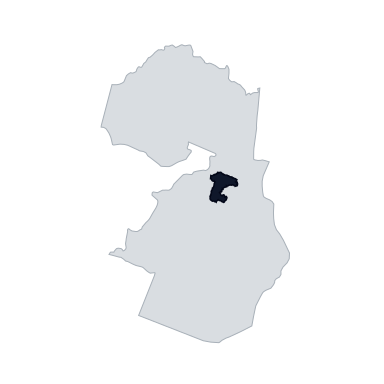 location of Kapiri Mposhi, Central, Zambia, rotated 293°
{"feature_id": "96606910B40769326482894", "entity_name": "Kapiri Mposhi", "entity_type": "district", "adm_level": 2, "iso_a3": "ZMB", "parent_name": "Zambia", "parent_adm1": "Central", "projection": "albers", "projection_center": [28.625, -14.196], "detail": "fine", "context": "in_parent", "style": "filled", "palette": "ink", "viewbox_px": 384, "rotation_deg": 293, "n_neighbors": 0, "source": "geoboundaries", "source_scale": "gbopen_adm2", "svg_char_len": 8266}
<svg xmlns="http://www.w3.org/2000/svg" viewBox="0 0 384 384"><g transform="rotate(293 192 192)"><path d="M249.9,251.3L234.8,251.2L229.3,252.4L224.8,254.3L219.4,257.2L216.3,259.2L215.5,260.3L215.1,262.8L215.1,266.7L214.5,269.5L212.9,272.0L204.7,275.1L199.4,277.6L194.2,280.6L190.3,284.4L187.6,289.2L183.2,295.1L173.9,305.6L168.5,307.6L163.9,307.2L158.4,305.1L154.1,304.7L150.9,306.1L147.9,305.7L145.1,303.5L142.8,302.8L141.0,303.4L138.6,303.3L134.3,302.2L130.5,298.5L128.4,297.0L126.9,296.4L122.4,295.9L112.1,295.2L101.4,297.3L92.1,299.4L82.3,291.2L72.9,282.7L70.9,280.5L67.3,277.6L64.8,276.3L63.8,275.6L61.1,267.8L59.5,260.6L57.5,191.1L100.2,190.1L103.0,189.7L103.1,189.0L101.0,185.3L101.1,184.0L101.6,181.5L103.4,176.4L103.4,174.7L102.5,169.3L102.5,166.2L102.9,160.0L102.5,158.0L103.5,155.2L103.8,153.3L104.2,152.5L103.6,150.4L102.6,143.1L102.1,140.0L104.7,140.4L105.5,141.9L106.1,143.6L107.2,143.6L110.3,144.6L111.4,145.9L112.2,148.8L111.8,150.3L110.8,151.6L111.8,152.6L113.9,153.3L115.1,153.1L118.5,151.0L121.7,150.2L123.3,149.7L130.4,148.2L131.8,147.5L132.8,147.5L133.5,148.1L132.9,150.1L132.7,152.0L133.6,155.5L134.3,157.1L135.8,158.3L136.9,158.9L138.1,160.1L140.5,159.9L146.0,161.6L147.7,162.4L150.0,163.2L151.6,163.5L157.2,164.1L163.1,165.0L166.2,165.1L168.4,164.8L169.9,164.3L170.8,163.7L171.2,163.2L173.4,156.5L174.5,156.0L176.0,155.7L176.9,156.3L177.9,160.5L182.2,164.2L183.6,167.4L184.7,170.1L185.6,170.8L187.3,171.8L189.9,172.1L192.2,172.2L203.7,176.8L204.9,177.6L206.4,180.1L207.2,182.9L208.1,185.1L209.6,185.5L210.9,185.7L212.2,187.2L213.2,188.5L216.6,194.0L217.1,196.2L218.7,197.6L221.0,198.3L223.0,198.3L224.2,197.7L227.1,196.6L229.4,195.3L231.1,194.8L232.1,195.1L232.8,196.0L233.3,198.7L234.9,199.7L236.1,199.3L236.6,198.3L236.6,197.7L236.7,169.2L235.7,169.4L234.4,170.2L231.3,170.2L230.1,170.8L229.8,171.8L230.0,172.9L230.0,174.6L229.6,175.3L228.3,175.6L226.3,175.0L222.8,174.2L219.9,173.7L217.8,171.5L215.0,168.3L213.1,166.6L208.7,163.3L207.9,162.6L206.5,161.0L205.4,158.4L204.2,155.3L203.6,153.3L204.7,150.3L207.3,140.4L208.0,137.3L210.1,134.2L210.3,131.4L209.4,127.8L209.6,125.8L209.9,114.5L209.3,110.9L207.9,107.0L204.6,101.5L204.6,100.3L209.6,96.7L211.1,95.4L213.8,92.5L215.5,90.0L216.7,88.0L217.0,85.5L216.2,83.0L217.9,82.5L259.6,76.4L260.2,78.1L261.4,80.9L262.8,83.0L264.6,84.8L266.1,85.9L267.1,86.3L273.5,86.2L275.8,87.3L277.8,88.8L278.2,90.9L279.5,92.3L280.9,93.4L281.6,93.5L282.6,93.3L284.3,93.3L285.9,93.7L286.6,94.2L286.7,96.0L287.2,96.9L289.3,97.2L291.5,97.4L293.6,98.6L295.9,98.9L298.6,99.4L299.8,100.8L302.6,102.2L306.0,103.4L309.8,105.5L309.9,106.1L310.5,107.3L311.1,108.2L311.2,109.4L311.5,110.6L312.4,110.9L313.2,111.0L314.0,110.2L315.0,110.2L316.1,110.8L316.5,112.1L317.3,113.9L318.7,115.2L319.6,116.4L319.2,118.5L318.6,120.5L320.5,122.4L322.9,124.3L323.6,125.2L323.7,127.9L324.1,128.9L325.7,131.2L326.5,132.7L326.4,133.6L321.8,138.0L319.0,138.7L317.8,139.6L317.1,140.5L318.8,145.0L319.7,146.8L318.8,148.9L317.0,152.5L316.1,152.8L315.9,155.6L316.5,156.6L317.3,157.4L317.7,159.3L317.5,163.9L316.3,169.1L318.2,173.8L318.9,174.3L321.7,174.4L322.1,174.8L321.4,176.1L319.4,178.1L315.9,179.6L310.7,181.2L309.6,182.9L308.9,185.3L309.5,186.7L310.1,187.5L309.9,189.6L309.4,191.9L309.5,193.6L309.2,195.2L308.6,195.9L307.6,198.2L306.5,200.6L305.6,201.6L304.3,202.7L302.3,203.6L302.3,204.1L304.6,205.2L305.2,206.0L305.4,206.5L304.4,207.7L305.4,208.4L306.7,209.1L307.9,210.6L309.2,213.6L309.5,213.9L309.8,214.0L310.6,213.7L312.0,212.5L313.0,212.1L314.2,213.8L292.9,220.7L287.9,222.1L280.5,224.6L278.1,225.5L276.1,226.5L256.4,231.9L253.3,233.0L246.3,235.9L246.1,236.4L246.2,237.7L246.8,240.4L248.0,242.9L249.0,244.3L249.6,248.0L249.9,251.3Z" fill="#d9dde1" stroke="#a8b0b8" stroke-width="1"/><path d="M200.4,226.4L201.3,225.4L201.0,224.6L200.7,224.6L200.0,224.7L199.9,224.1L201.7,222.9L201.8,222.3L201.4,221.6L200.3,221.4L200.2,220.5L200.3,220.1L201.2,219.3L201.4,219.0L202.1,217.6L202.9,218.0L203.2,218.5L203.5,218.2L203.8,218.7L203.6,218.9L204.0,219.2L204.4,219.0L204.5,219.0L204.9,218.9L205.3,218.8L205.5,218.7L205.5,218.8L205.9,218.8L206.0,218.8L206.4,218.9L206.4,219.0L206.6,218.9L206.8,219.1L207.0,219.0L207.1,218.9L207.1,219.0L207.2,218.9L207.3,218.9L207.4,219.0L207.5,219.1L207.7,219.3L207.8,219.3L208.1,219.5L208.4,219.5L208.5,219.7L208.7,219.9L208.9,220.0L209.1,220.2L209.4,220.3L209.4,220.6L209.5,220.6L209.8,220.8L209.9,221.0L210.1,221.1L210.2,221.5L210.3,221.4L210.5,221.5L210.8,221.6L211.0,221.5L210.9,221.7L210.9,221.8L211.1,221.8L211.1,222.0L211.3,222.3L211.5,222.5L211.9,222.8L212.0,223.0L212.4,223.1L212.6,223.3L212.7,223.5L213.0,223.6L213.1,224.0L213.3,224.4L213.5,224.5L213.4,224.7L213.5,224.8L213.7,225.0L213.7,225.4L213.7,225.5L213.8,225.6L213.8,226.0L214.0,226.0L214.2,226.3L214.4,226.4L214.5,226.3L214.7,226.6L214.6,226.8L214.8,227.0L214.7,227.6L214.5,227.8L214.3,228.1L214.3,228.6L214.4,228.9L214.3,229.1L214.5,229.2L214.6,229.6L214.7,229.8L214.8,229.9L214.8,230.1L214.7,230.1L214.8,230.2L214.8,230.4L215.1,230.6L215.1,230.8L215.3,231.0L215.5,231.2L215.8,231.2L216.0,231.0L216.2,230.8L216.7,230.8L216.8,230.9L217.0,230.7L216.9,230.5L217.2,230.6L217.4,230.6L217.5,230.6L217.5,230.4L217.4,230.3L217.6,230.2L217.7,229.9L217.8,229.8L218.0,230.1L218.4,230.0L218.5,229.9L218.7,229.5L218.9,229.4L218.9,228.8L218.7,228.7L218.1,228.3L218.1,228.2L218.3,228.0L219.0,228.5L220.9,228.5L220.9,227.9L221.1,227.4L221.2,227.0L221.1,226.7L221.2,226.4L221.1,225.8L221.0,225.6L221.0,225.3L221.0,225.2L221.0,224.9L221.2,224.7L221.1,224.4L221.0,224.2L220.9,224.1L221.0,224.0L220.9,223.7L221.0,222.9L221.4,222.8L221.2,222.4L221.2,222.0L220.9,221.2L220.8,220.5L221.0,220.1L221.2,219.8L221.2,219.5L221.2,219.4L221.0,218.7L221.1,217.9L221.2,217.7L220.8,216.6L220.5,216.1L220.5,215.8L220.6,215.4L220.5,215.0L220.6,214.9L220.2,214.4L220.2,214.2L220.3,214.0L220.5,214.0L220.5,213.8L220.8,213.6L220.7,213.4L220.6,213.2L220.7,212.9L220.7,212.5L220.8,212.3L221.0,212.2L221.1,211.5L221.4,211.1L221.3,210.7L221.2,210.3L221.1,210.2L220.9,209.9L220.6,209.7L220.5,209.3L220.3,209.4L220.1,209.2L220.1,208.9L220.0,209.0L219.8,208.8L219.9,208.6L219.8,208.4L219.8,208.5L219.7,208.3L219.7,208.2L219.5,208.3L219.4,208.3L219.1,208.2L218.9,208.0L218.9,207.9L218.7,207.8L218.8,207.7L218.7,207.5L218.4,207.6L218.3,207.4L218.2,207.3L218.0,207.2L217.9,207.2L217.7,207.2L217.4,207.1L217.4,206.9L217.3,206.6L217.2,206.5L217.3,206.4L217.2,206.3L216.8,205.8L216.8,205.6L216.7,205.5L216.2,205.3L216.1,205.2L216.0,205.3L215.9,205.0L215.7,204.9L215.3,204.7L215.2,204.7L214.9,204.4L214.7,204.2L214.6,203.7L214.6,203.4L214.6,203.2L214.6,202.9L211.6,203.8L211.8,204.1L211.8,204.4L211.5,204.5L211.2,204.8L211.0,205.1L211.0,205.4L210.5,205.8L210.3,206.2L210.3,206.4L210.2,206.6L210.4,207.9L210.4,208.5L210.5,208.5L210.4,208.6L210.4,209.2L208.2,209.2L207.9,209.4L207.5,209.4L206.9,209.7L206.6,209.8L206.4,209.7L205.9,209.8L205.2,209.8L204.8,209.9L204.6,209.8L204.4,209.7L204.4,209.8L204.1,209.7L203.9,209.7L203.7,209.7L203.3,209.7L203.1,209.5L203.1,209.4L202.5,209.6L202.4,209.7L202.5,209.8L202.3,209.7L202.1,209.8L201.8,209.6L201.7,209.7L201.3,209.6L201.2,209.6L200.8,209.6L200.6,209.4L200.1,209.5L199.9,209.5L199.5,209.6L199.4,209.7L199.4,209.9L199.1,210.1L198.9,210.2L198.7,210.2L198.1,210.1L197.9,210.2L197.6,210.4L197.0,210.4L196.8,210.3L196.6,210.4L196.5,210.5L196.4,210.4L196.2,210.5L195.9,210.4L195.8,210.5L195.5,210.5L195.4,210.4L195.2,210.5L195.1,210.4L195.0,210.6L194.8,210.6L194.5,210.7L194.4,210.8L193.9,211.0L193.8,210.9L193.6,210.9L193.2,211.2L192.8,211.3L192.7,211.4L192.6,211.5L192.3,211.7L192.2,211.9L192.1,212.0L192.0,212.4L191.9,212.5L191.9,212.8L191.9,213.0L191.8,213.4L191.7,213.5L191.8,213.6L191.7,214.0L191.7,214.4L191.6,214.5L191.7,214.9L191.9,214.9L192.2,215.4L192.3,215.6L192.3,215.8L192.3,216.5L192.2,216.6L192.3,216.7L192.2,216.8L192.4,216.9L192.3,217.0L192.5,217.2L192.5,217.3L192.2,217.6L192.1,217.8L192.0,218.3L192.6,218.2L192.9,218.2L193.3,218.1L193.5,218.4L193.9,218.6L194.8,218.9L195.2,219.1L195.1,219.3L194.8,220.2L194.9,220.9L195.1,221.4L195.2,221.9L195.1,222.1L194.9,223.1L194.7,223.6L194.7,223.9L194.9,224.3L194.9,224.8L194.8,225.3L195.5,225.7L196.3,225.7L196.8,225.9L197.2,226.0L197.8,226.5L198.0,226.4L198.3,226.4L198.5,226.5L198.7,226.4L198.9,226.5L199.3,226.5L200.4,226.4Z" fill="#0f172a" stroke="#020617" stroke-width="1.5"/></g></svg>